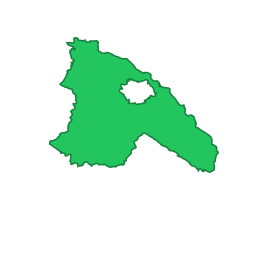 Antsirabe II, Vakinankaratra, Madagascar (Natural Earth projection), rotated 120°
{"feature_id": "10022922B65379850816186", "entity_name": "Antsirabe II", "entity_type": "district", "adm_level": 2, "iso_a3": "MDG", "parent_name": "Madagascar", "parent_adm1": "Vakinankaratra", "projection": "natural_earth1", "projection_center": [47.084, -19.841], "detail": "fine", "context": "isolated", "style": "filled", "palette": "green", "viewbox_px": 256, "rotation_deg": 120, "n_neighbors": 0, "source": "geoboundaries", "source_scale": "gbopen_adm2", "svg_char_len": 5830}
<svg xmlns="http://www.w3.org/2000/svg" viewBox="0 0 256 256"><g transform="rotate(120 128 128)"><path d="M73.3,209.0L75.3,210.9L75.3,211.7L76.6,214.4L76.6,215.0L75.7,215.9L75.6,217.1L76.6,219.4L77.4,219.7L80.4,217.6L81.1,217.6L82.6,219.2L83.2,221.3L84.5,222.9L84.7,223.5L85.8,221.9L85.8,219.4L85.1,217.4L85.3,215.9L85.8,214.7L86.0,213.5L86.3,213.6L87.1,213.1L87.3,213.2L87.1,214.0L86.9,214.4L87.1,215.0L86.9,215.8L87.1,216.2L87.8,216.4L88.8,216.1L89.6,217.0L90.2,216.1L90.8,216.3L91.6,216.2L92.2,215.7L92.9,214.5L96.0,211.7L95.9,209.4L96.3,208.9L96.5,208.2L97.2,209.0L97.7,209.1L98.6,208.0L99.2,208.1L99.4,208.5L99.5,209.8L99.7,210.0L100.7,207.9L101.6,208.4L101.7,207.4L102.5,207.6L102.8,208.4L104.3,207.4L106.3,206.7L107.4,208.5L107.9,208.3L108.7,209.3L109.6,208.8L109.9,208.1L110.9,208.1L111.2,207.6L111.5,208.0L115.3,207.4L119.7,207.5L121.9,207.9L123.6,208.8L124.0,208.7L124.3,207.6L124.3,206.3L124.1,203.4L123.5,201.3L123.3,197.9L122.2,195.9L123.5,194.9L124.9,193.3L125.4,192.3L125.4,190.1L128.6,187.6L129.5,187.5L130.0,187.2L131.0,185.7L132.0,185.3L133.1,185.2L134.3,187.6L135.1,187.1L135.7,186.1L136.0,184.8L136.8,184.2L137.7,183.9L138.4,183.9L141.1,185.8L142.1,185.9L144.2,182.7L148.0,183.4L149.3,180.5L152.8,181.5L154.4,181.3L156.4,180.8L156.7,180.3L157.8,180.1L159.8,178.7L160.5,178.5L161.3,178.7L163.2,180.1L164.1,181.0L165.4,183.0L166.7,183.8L167.7,184.1L168.4,183.5L168.9,183.4L170.0,183.6L170.9,184.1L172.9,184.2L174.5,185.2L176.9,187.0L178.0,188.7L179.3,188.7L181.2,187.7L181.1,185.8L181.6,182.3L181.6,179.9L181.9,178.9L181.7,177.8L182.3,175.7L182.1,174.1L182.5,173.7L182.9,174.1L183.1,174.0L183.3,173.0L181.8,171.8L181.7,170.5L182.4,169.1L183.3,168.6L183.3,167.9L182.8,167.1L180.6,166.0L179.7,164.9L179.6,164.3L182.3,162.5L185.6,161.7L185.9,161.5L186.1,160.3L187.9,159.2L187.1,158.1L185.2,157.1L184.3,155.7L184.4,155.0L184.2,154.2L184.4,153.6L185.3,152.7L186.4,152.1L185.2,151.2L183.4,148.8L182.7,149.0L182.4,148.6L181.9,148.8L181.3,148.6L180.3,148.9L178.0,147.0L177.9,146.5L178.8,143.5L178.7,142.6L179.0,141.4L179.3,140.6L177.0,140.0L176.1,138.9L174.8,138.0L174.1,137.0L174.0,136.5L174.5,135.3L174.4,134.6L173.3,133.6L172.7,131.6L172.1,131.0L171.3,130.8L171.2,130.4L171.3,127.5L171.2,124.9L170.5,123.2L168.3,120.9L168.1,119.6L166.9,118.8L166.4,119.1L163.4,115.8L162.4,115.7L162.7,114.0L162.4,113.5L161.7,113.3L160.1,113.4L159.2,114.4L158.8,114.6L158.0,114.4L157.9,113.8L157.4,113.2L155.7,114.1L155.0,114.2L148.4,112.6L146.6,113.5L144.9,113.8L142.8,112.6L141.2,111.3L140.9,111.3L140.1,111.9L139.3,113.5L138.4,114.2L138.0,114.9L137.3,115.6L136.7,115.6L135.6,115.4L134.2,114.3L132.5,114.0L130.8,114.6L130.0,114.4L127.4,112.6L125.8,112.6L124.3,111.7L123.9,108.6L124.4,103.7L124.1,102.2L124.7,98.9L124.4,96.9L124.6,96.0L125.1,95.0L125.2,93.0L125.8,91.4L126.1,90.0L125.8,87.8L125.3,85.8L125.3,84.3L126.7,80.8L125.7,78.5L125.1,74.9L125.6,71.9L126.0,71.0L126.4,70.6L126.8,71.1L127.3,71.3L127.1,68.5L126.3,67.8L126.4,67.1L127.0,65.8L126.7,62.3L126.9,59.6L127.3,59.1L127.1,57.2L127.5,56.7L128.0,56.8L128.2,56.5L128.8,53.7L128.1,51.4L128.0,49.7L128.8,48.5L129.0,46.9L129.9,45.7L127.5,45.7L127.3,45.4L127.1,44.7L127.3,44.1L127.7,42.9L127.9,42.7L127.7,42.3L128.2,41.7L127.6,40.6L126.7,41.3L125.9,40.8L125.9,37.9L125.5,35.1L121.3,32.5L118.1,33.8L114.9,36.6L114.4,36.6L113.7,35.9L113.0,35.8L111.8,36.6L108.1,37.7L106.0,38.0L104.9,37.4L104.6,37.4L103.5,38.2L102.9,40.3L100.4,41.6L100.1,42.2L99.8,44.4L100.1,47.5L96.6,49.1L95.5,50.1L94.2,51.9L93.5,57.1L93.4,62.8L93.2,65.7L92.9,66.9L93.4,69.9L91.8,70.7L90.1,71.0L89.8,72.3L88.9,72.3L88.4,73.2L87.5,74.0L86.8,75.6L85.9,75.8L85.4,76.3L85.0,79.5L85.7,80.5L87.5,82.0L87.6,82.7L87.2,85.0L86.3,86.3L83.8,87.3L82.3,88.6L81.6,90.3L80.3,90.6L80.2,91.1L80.5,91.6L81.9,92.7L82.1,95.3L81.2,96.9L80.6,98.8L79.3,101.0L77.3,107.8L75.8,109.8L75.4,110.3L73.4,111.0L73.2,111.7L73.2,113.0L74.7,116.5L76.2,121.6L74.8,121.2L74.7,121.4L75.2,121.8L74.6,122.4L74.7,123.5L74.2,123.7L73.7,123.2L73.4,123.4L73.3,123.8L73.6,124.0L72.8,125.0L72.8,125.9L72.6,126.4L74.1,128.3L74.6,130.1L73.9,131.8L73.7,133.0L71.2,134.4L70.7,134.4L70.2,135.3L70.0,136.3L70.2,138.2L70.7,139.8L71.9,141.6L73.1,142.8L72.8,144.7L72.9,150.4L72.6,151.6L71.8,152.4L71.0,154.1L69.8,158.6L69.4,160.7L69.6,161.7L68.6,162.5L68.6,163.1L68.9,164.3L70.8,167.3L71.3,169.9L71.3,171.7L72.3,175.9L72.1,177.9L72.2,179.8L72.7,182.8L73.2,184.1L75.0,185.6L76.2,188.6L75.9,190.9L76.2,192.2L71.7,195.0L70.1,196.5L69.7,196.6L69.2,196.2L68.7,196.3L68.3,197.0L68.1,198.6L68.4,199.4L69.5,200.6L71.5,204.3L73.1,204.5L73.6,205.3L74.1,206.7L74.1,207.9L73.9,208.5L73.3,209.0ZM86.3,120.3L87.3,120.7L87.8,121.7L88.2,122.5L88.5,124.7L90.5,124.7L91.4,123.9L91.7,123.9L91.9,124.1L91.6,125.4L93.4,126.0L95.1,126.0L95.4,126.4L95.4,127.1L95.9,127.1L95.6,127.2L95.8,127.5L96.5,127.1L96.9,126.0L97.8,125.9L98.2,126.3L98.6,127.3L99.4,128.0L100.5,128.5L102.4,131.6L103.4,132.3L103.3,133.6L102.7,134.4L105.0,137.1L106.3,139.9L105.6,140.2L104.2,140.0L102.9,141.5L104.4,142.3L104.6,142.7L104.0,144.0L103.4,144.4L102.2,146.9L102.3,147.6L101.5,147.9L101.1,148.7L101.0,152.6L100.6,153.4L99.9,154.2L99.2,154.5L98.5,154.3L98.0,153.9L97.7,153.0L97.3,152.6L96.6,152.6L94.7,155.9L94.4,155.5L93.8,155.7L92.9,155.4L92.8,153.5L92.5,152.8L91.7,151.9L90.4,150.9L89.5,151.2L88.6,151.7L88.5,152.2L87.7,151.5L87.8,151.8L87.2,152.5L87.2,151.7L87.0,151.4L86.0,151.4L85.9,151.9L84.9,151.8L84.9,151.5L85.1,151.3L85.0,151.0L85.3,150.7L85.3,149.8L84.7,149.5L83.9,149.5L84.1,148.9L83.9,148.2L84.0,147.8L84.2,147.7L84.1,146.6L83.3,145.3L83.5,143.3L82.8,143.0L82.6,142.6L82.9,142.4L82.7,142.0L83.0,141.9L83.0,141.6L81.7,141.0L80.8,139.4L80.1,139.3L79.1,137.9L77.5,137.1L76.9,135.4L77.1,134.2L78.7,133.9L79.4,133.2L79.1,133.2L79.0,131.7L80.3,129.5L80.3,127.2L81.5,125.2L83.3,123.7L85.2,121.1L84.6,121.1L84.4,121.0L85.4,120.9L86.3,120.3Z" fill="#22c55e" stroke="#15803d" stroke-width="1.5"/></g></svg>